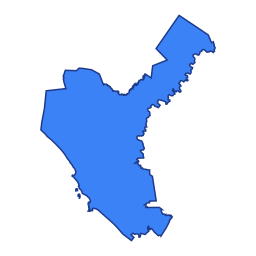 Mazatlán, Sinaloa, Mexico (Mercator projection)
{"feature_id": "50627088B53659635813519", "entity_name": "Mazatlán", "entity_type": "district", "adm_level": 2, "iso_a3": "MEX", "parent_name": "Mexico", "parent_adm1": "Sinaloa", "projection": "mercator", "projection_center": [-106.27, 23.48], "detail": "fine", "context": "isolated", "style": "filled", "palette": "blue", "viewbox_px": 256, "rotation_deg": 0, "n_neighbors": 0, "source": "geoboundaries", "source_scale": "gbopen_adm2", "svg_char_len": 5793}
<svg xmlns="http://www.w3.org/2000/svg" viewBox="0 0 256 256"><path d="M208.3,35.0L179.1,15.4L156.1,48.6L167.2,60.0L152.7,65.8L151.2,77.9L145.2,74.0L144.6,74.3L144.5,74.8L144.9,75.0L144.1,75.5L144.7,75.5L144.9,75.8L144.4,76.6L143.7,76.6L144.1,77.1L143.5,77.2L143.6,77.5L144.1,77.6L143.9,77.9L143.0,77.9L143.2,78.5L143.8,78.8L143.7,79.3L142.9,80.0L141.6,79.4L140.9,79.5L140.8,80.0L140.1,80.5L139.2,80.4L138.6,81.5L139.0,81.9L137.9,82.7L138.1,84.1L137.4,84.5L137.3,83.8L136.9,83.6L136.8,85.4L136.4,85.4L136.1,84.9L135.4,85.0L135.6,84.6L135.1,83.5L134.1,84.6L134.3,85.0L133.9,85.3L134.3,85.5L133.4,85.8L133.7,86.0L133.6,87.2L133.0,87.1L133.0,86.4L132.4,86.9L132.4,87.8L132.8,88.6L132.0,88.4L130.8,88.8L130.6,89.2L131.1,89.5L130.8,90.1L129.6,89.9L129.2,91.0L129.9,91.6L129.2,91.4L129.2,92.9L127.9,93.4L127.7,94.0L128.0,94.4L127.0,93.8L126.2,94.4L126.5,94.8L125.7,95.2L125.2,95.0L124.8,95.2L124.4,94.5L123.4,95.2L123.1,94.5L122.3,94.7L122.2,94.2L121.9,94.0L121.3,94.6L120.8,94.4L119.9,94.9L119.3,94.1L118.5,94.0L118.3,93.7L118.2,92.6L118.8,92.0L118.2,91.2L117.4,91.4L117.1,91.1L116.5,91.4L115.7,91.1L114.9,91.3L113.4,90.5L112.9,91.1L111.7,88.5L110.5,88.1L110.6,87.4L110.4,86.9L109.6,86.8L108.9,85.8L107.9,86.0L107.5,84.7L106.7,84.7L106.1,84.1L105.3,84.5L104.2,84.0L103.5,84.8L99.3,74.0L91.6,69.8L82.7,68.4L79.0,68.2L76.4,70.7L65.3,70.3L63.2,76.6L64.0,77.7L63.3,78.8L64.2,83.0L65.9,88.6L46.2,90.8L44.4,108.7L41.8,122.3L40.9,129.9L46.1,134.9L47.1,136.4L50.8,139.3L55.7,144.0L61.3,149.9L64.6,154.1L67.5,158.7L69.6,161.3L70.1,162.6L71.9,164.6L73.1,166.9L74.8,168.8L75.6,171.0L75.7,172.7L75.5,173.7L74.6,175.0L73.4,175.4L72.9,175.1L72.4,175.2L72.1,175.9L72.3,176.4L73.0,176.4L77.7,181.9L79.1,185.1L79.1,185.6L78.6,185.8L78.5,186.4L79.0,186.8L79.1,188.1L81.4,190.5L82.4,193.4L86.7,195.7L89.3,198.3L90.2,200.1L90.4,200.9L90.1,202.1L89.5,202.6L89.2,202.1L88.4,202.4L88.6,203.2L88.1,203.8L88.2,204.8L88.8,205.1L89.1,205.8L88.6,206.6L88.8,207.0L88.7,207.6L88.9,208.0L89.4,208.1L89.6,208.5L89.5,208.9L89.0,209.1L89.0,209.7L88.2,211.1L89.3,211.1L89.7,210.3L90.7,210.3L91.1,210.6L91.0,210.8L91.8,210.5L92.2,210.7L92.8,210.0L92.7,209.6L92.3,209.7L92.8,208.4L93.6,208.2L96.4,209.0L98.1,210.0L113.2,223.4L117.4,227.7L122.8,234.0L131.5,240.6L133.9,237.4L131.1,234.9L132.9,233.2L134.7,234.3L137.1,233.8L138.7,234.5L139.0,237.1L140.2,236.9L140.8,233.3L145.0,234.5L148.9,231.0L148.6,230.2L148.8,230.0L148.1,230.1L148.2,229.4L147.8,229.1L147.9,228.6L147.5,227.9L148.2,226.9L148.1,226.4L148.7,226.3L148.6,227.9L149.1,227.8L149.6,228.3L149.4,228.7L150.2,228.7L150.3,228.9L150.0,229.2L150.4,229.5L151.7,228.5L154.4,232.1L158.4,235.7L159.6,235.3L160.9,235.5L161.0,236.0L166.1,228.0L169.1,222.2L169.5,221.1L169.4,220.3L170.1,219.8L170.4,218.9L171.4,218.4L171.4,217.9L172.2,216.9L170.9,216.0L171.2,215.6L170.3,215.2L170.1,215.7L169.7,215.7L169.6,215.3L169.2,215.3L169.0,215.0L168.2,215.3L167.5,215.1L167.0,215.5L166.0,215.4L165.8,215.2L165.8,214.5L165.2,214.9L164.3,214.1L162.5,213.9L161.3,211.2L161.1,209.4L162.0,209.5L159.3,207.4L147.0,207.5L147.1,207.0L145.8,207.3L146.0,205.0L144.6,204.8L147.3,202.9L148.0,202.9L148.8,202.5L149.5,202.7L149.7,201.1L156.2,200.9L152.4,176.3L149.7,174.5L149.6,169.9L148.6,170.1L146.4,169.4L146.0,169.6L145.1,169.2L143.7,169.2L143.2,169.0L142.5,168.0L141.6,168.4L140.9,167.9L141.0,167.5L140.7,167.0L141.0,166.5L140.5,165.3L139.4,165.7L139.3,165.3L138.0,164.5L137.9,162.7L135.2,163.1L136.3,162.0L138.7,161.6L138.7,161.1L138.0,160.3L136.7,159.5L137.2,158.7L138.6,158.1L143.6,158.0L143.8,157.5L143.1,155.8L143.3,154.1L140.7,151.5L140.4,150.8L140.6,150.3L143.1,150.0L144.3,148.7L143.7,146.6L143.2,145.9L143.1,144.0L141.7,141.0L137.6,139.6L136.7,137.4L137.5,136.1L138.1,135.7L139.2,136.1L140.5,135.8L141.8,136.0L143.3,135.3L144.0,133.1L142.9,132.0L143.1,131.0L144.1,130.8L145.2,131.3L145.8,130.8L145.7,129.6L144.8,128.8L144.6,127.6L145.0,127.1L146.7,126.9L146.1,125.7L146.2,124.4L146.0,123.8L146.1,122.6L146.8,121.4L146.4,118.8L147.2,117.7L148.3,117.4L149.4,115.5L150.0,115.5L149.7,112.4L149.4,111.8L148.2,111.1L147.8,109.9L147.7,109.3L148.2,108.2L150.0,108.0L150.8,107.6L151.1,107.1L150.8,106.0L152.5,104.5L154.1,105.0L155.0,106.4L156.9,106.8L157.8,107.5L158.5,107.5L160.1,105.2L159.0,104.3L157.4,102.5L157.9,101.4L158.0,100.2L158.9,99.7L162.9,100.7L165.4,101.8L165.9,102.2L165.8,104.0L166.3,104.2L167.0,104.0L167.6,102.9L168.6,101.9L170.0,101.1L169.7,100.0L168.3,99.7L168.0,99.2L168.5,97.4L168.0,96.5L168.4,95.2L169.2,94.6L171.0,95.7L172.7,95.7L174.0,94.2L174.8,94.1L174.9,93.2L173.1,91.4L172.5,90.3L173.0,89.0L173.6,89.3L174.4,91.0L175.9,91.7L176.4,91.7L176.9,90.9L177.4,90.7L178.0,90.8L179.6,92.2L180.3,92.1L180.7,91.7L181.0,90.9L180.0,89.5L179.3,87.8L179.8,86.5L180.7,86.3L180.8,85.5L180.0,84.3L178.9,83.9L178.9,83.3L180.0,81.9L180.4,80.7L181.9,80.6L183.7,81.9L185.7,80.0L187.0,80.9L187.9,80.5L187.7,79.7L186.7,79.7L186.3,78.9L186.5,78.2L187.7,77.6L187.4,75.9L186.8,75.3L185.5,75.5L185.1,74.4L185.7,73.5L187.5,73.0L188.1,73.0L188.9,73.7L190.2,74.0L191.0,72.8L191.1,71.5L190.7,70.4L192.1,69.0L192.6,67.6L190.7,66.7L189.9,65.7L189.6,64.6L191.2,63.3L191.8,63.4L192.1,64.1L192.9,64.3L194.0,63.1L194.9,62.7L194.4,61.0L194.9,59.0L194.7,58.1L193.1,56.5L192.9,55.5L193.3,54.9L194.7,54.1L196.2,53.8L197.2,54.8L198.4,55.1L199.0,54.8L199.6,53.7L199.9,52.2L200.7,51.6L201.8,51.2L202.1,50.0L202.5,49.6L204.4,49.7L206.6,52.0L207.1,52.1L209.4,51.8L210.6,51.0L211.9,51.5L213.4,52.5L214.0,51.5L214.5,51.2L214.0,49.6L214.9,48.8L215.1,47.6L213.9,45.6L214.2,45.1L214.1,44.1L213.5,43.0L213.3,41.8L211.5,42.7L208.3,35.0ZM80.1,196.3L79.8,194.9L79.0,194.0L77.9,195.2L78.1,195.7L79.3,196.1L79.0,196.4L79.4,196.4L79.8,197.1L80.1,196.3ZM76.9,188.7L75.8,189.2L75.8,190.9L77.3,190.6L77.1,190.4L77.5,189.4L76.9,188.7ZM78.9,198.6L79.9,197.8L79.8,197.1L78.9,198.6Z" fill="#3b82f6" stroke="#1e3a8a" stroke-width="1.5"/></svg>